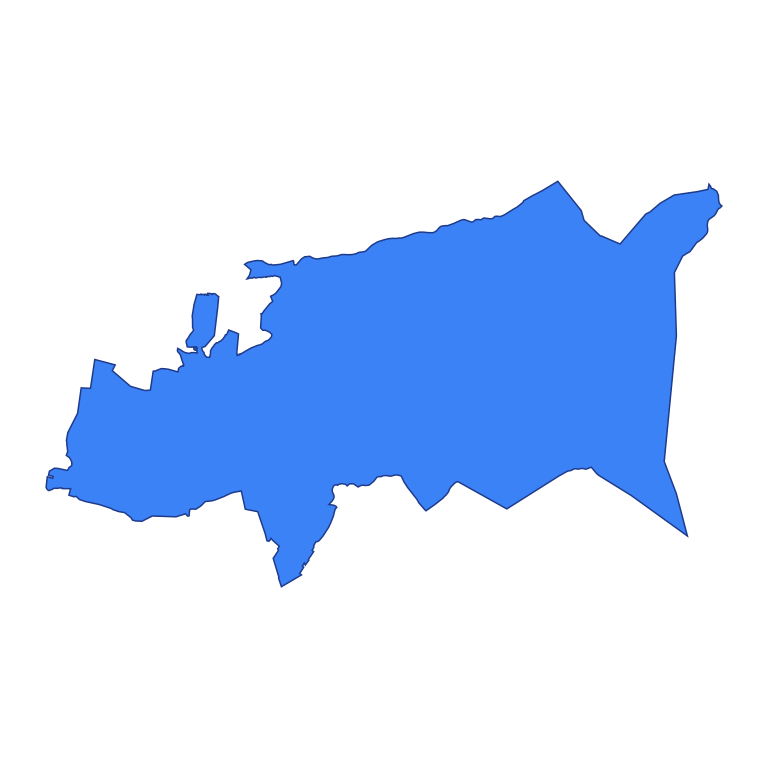 outline of Tlalmanalco, México, Mexico
{"feature_id": "50627088B86677903952586", "entity_name": "Tlalmanalco", "entity_type": "district", "adm_level": 2, "iso_a3": "MEX", "parent_name": "Mexico", "parent_adm1": "México", "projection": "natural_earth1", "projection_center": [-98.767, 19.207], "detail": "fine", "context": "isolated", "style": "filled", "palette": "blue", "viewbox_px": 768, "rotation_deg": 0, "n_neighbors": 0, "source": "geoboundaries", "source_scale": "gbopen_adm2", "svg_char_len": 6087}
<svg xmlns="http://www.w3.org/2000/svg" viewBox="0 0 768 768"><path d="M687.4,536.0L676.3,493.5L664.2,461.5L676.4,335.9L674.4,272.6L682.6,256.1L686.6,253.5L689.7,251.8L691.9,249.2L695.2,244.5L696.9,242.4L698.9,241.2L702.6,238.3L706.6,233.8L707.6,231.5L707.7,228.7L707.2,225.3L707.8,221.3L709.0,219.4L713.8,216.0L715.0,214.7L716.1,213.1L717.6,209.9L718.4,208.9L720.3,207.7L721.9,205.9L720.8,205.2L719.5,203.5L719.1,202.7L718.6,199.8L718.4,195.3L716.8,191.4L713.6,189.0L711.4,188.5L710.7,186.5L709.0,184.2L708.0,189.4L697.0,191.7L674.2,195.0L660.1,203.3L649.9,212.0L645.8,214.0L620.1,244.0L601.2,235.9L600.3,236.0L584.1,220.4L582.2,214.0L581.3,210.7L557.8,181.3L542.0,190.8L531.7,196.1L523.7,200.7L522.9,202.4L517.1,207.1L513.5,209.1L504.7,214.7L501.1,216.3L500.3,216.5L496.5,216.2L494.9,216.4L492.7,218.5L490.5,218.8L483.6,218.0L481.4,219.6L479.8,219.7L478.3,219.4L477.0,219.6L476.1,219.5L475.4,219.8L473.1,221.8L471.6,222.1L464.1,219.5L462.9,219.7L460.7,220.3L453.6,223.5L447.5,225.7L445.7,225.6L443.1,225.9L441.5,226.2L440.4,226.6L439.3,227.6L436.6,230.7L434.3,232.2L432.5,232.7L428.0,232.6L422.9,232.1L419.0,232.2L413.5,233.6L403.8,237.4L401.1,238.1L398.4,238.0L396.2,238.5L392.6,238.3L388.0,238.8L383.0,240.1L377.5,241.9L372.4,244.9L371.2,245.8L366.0,250.8L365.2,251.3L363.4,251.8L359.9,252.2L358.2,252.6L356.5,253.5L352.9,254.5L349.2,254.7L342.1,254.5L336.9,255.9L332.5,256.2L331.1,256.4L328.1,257.4L322.3,258.0L318.7,258.8L315.8,258.9L312.9,258.0L309.7,256.3L304.6,256.8L301.5,258.9L296.5,264.7L294.8,265.1L293.8,264.0L293.8,261.9L293.2,260.6L280.5,264.3L274.7,264.9L272.2,265.0L271.4,264.4L269.0,264.7L264.6,262.5L262.8,261.1L261.6,260.8L257.1,260.5L252.8,261.2L248.1,262.3L246.3,263.2L244.6,264.4L251.0,269.9L249.4,275.4L247.0,278.9L250.6,278.0L252.4,278.1L253.2,277.5L254.4,277.5L255.8,278.0L259.0,277.3L261.3,277.6L264.2,276.9L266.4,277.2L266.5,276.7L270.3,276.5L271.1,276.0L272.8,276.4L274.7,275.5L275.7,276.0L277.8,276.4L278.6,276.9L280.1,277.0L281.6,283.1L281.0,286.5L276.6,292.2L275.2,293.7L272.6,295.4L271.8,295.6L270.6,296.3L272.7,301.5L269.8,303.7L263.7,311.2L262.2,313.7L261.0,313.7L261.3,316.4L260.6,328.0L262.7,330.2L265.9,330.4L269.7,332.3L271.9,334.5L271.4,336.9L268.7,340.0L265.7,341.2L264.3,342.1L262.5,343.8L259.2,345.1L258.0,345.2L250.6,348.2L239.7,354.6L239.7,354.0L237.1,355.5L237.0,355.1L237.1,353.7L236.8,352.6L238.5,334.0L236.4,332.9L228.7,330.0L226.6,334.7L225.4,334.8L224.8,336.3L223.0,338.8L220.6,341.2L219.9,341.3L217.7,342.8L216.4,342.8L214.6,344.5L213.5,346.2L212.2,347.7L210.5,350.8L210.5,353.9L210.2,354.5L209.7,357.3L207.2,357.2L206.1,356.7L204.6,354.8L204.1,353.6L204.0,352.4L202.9,351.5L202.0,349.3L201.8,347.9L202.5,347.2L205.0,346.6L214.3,335.7L217.7,307.5L218.7,296.6L218.3,296.5L218.3,296.4L217.7,296.0L215.4,294.0L214.3,293.7L212.2,293.7L212.1,294.4L209.7,293.3L208.3,293.5L207.7,293.4L207.6,294.7L208.4,295.3L208.2,295.5L207.6,295.4L207.3,294.8L206.8,294.6L206.5,295.0L206.3,295.0L206.3,294.4L205.5,294.2L204.5,294.5L204.5,294.9L204.3,295.1L203.8,294.4L201.9,294.5L201.5,294.7L201.1,294.1L200.7,294.1L200.0,294.7L196.9,294.4L193.9,305.1L193.6,307.5L192.2,316.0L192.5,318.9L192.6,327.4L193.6,330.2L192.9,331.3L189.9,334.9L188.4,337.6L186.8,339.8L186.5,340.6L186.3,340.6L186.3,340.8L186.2,342.3L186.6,344.1L186.8,344.2L187.1,346.6L187.6,346.9L191.6,347.2L194.8,346.8L196.6,347.0L197.0,347.9L193.9,347.5L193.9,349.4L195.3,350.3L196.5,349.5L196.9,349.4L196.8,350.1L197.1,352.9L194.4,352.6L191.1,352.6L188.8,353.6L188.0,353.1L185.3,352.7L181.8,350.9L181.7,350.5L177.7,348.4L177.4,350.8L177.8,351.8L180.0,354.2L180.5,355.3L182.0,360.4L183.8,365.0L182.7,365.4L183.1,366.2L180.8,366.4L178.6,368.4L178.0,371.9L168.6,369.3L165.0,368.8L161.3,368.6L156.5,370.4L155.2,371.2L154.8,371.0L153.2,371.1L150.4,390.0L146.1,390.5L144.4,390.4L130.4,386.3L112.3,370.7L115.2,364.9L94.8,359.5L90.5,388.3L81.2,387.9L77.6,413.3L67.8,432.6L66.4,440.5L67.0,443.6L66.8,444.2L67.7,451.6L66.3,455.4L69.6,457.8L70.9,460.1L71.8,462.3L71.8,465.5L68.9,467.7L68.3,469.1L67.4,470.4L57.7,468.4L54.4,468.2L49.4,471.2L48.5,475.3L53.1,476.4L52.8,478.3L47.3,476.8L46.1,487.1L46.4,488.1L47.4,489.6L48.5,490.5L49.8,490.4L50.4,489.9L52.0,489.6L53.3,488.6L54.7,488.2L56.3,488.4L60.5,487.9L62.0,488.1L62.3,488.3L62.3,488.6L70.6,488.7L68.9,495.2L73.9,496.8L76.2,496.4L79.4,499.5L85.3,501.5L99.1,504.5L111.0,508.4L112.9,509.6L118.8,511.6L124.6,512.6L130.9,517.6L132.5,520.1L135.3,520.9L141.9,521.3L152.3,516.0L176.0,516.8L185.6,513.8L187.6,516.1L188.8,516.0L189.1,515.8L189.6,510.1L189.9,509.5L191.1,509.1L194.4,509.0L195.2,509.3L196.0,509.1L201.1,505.8L205.0,501.8L205.7,501.5L212.0,500.8L215.5,499.8L223.9,496.5L230.9,493.2L234.3,492.2L241.3,491.0L245.3,509.2L257.8,511.7L259.3,516.4L265.2,533.7L266.9,540.7L268.4,541.2L269.3,541.0L269.8,540.5L270.9,538.3L272.9,540.5L279.3,546.3L277.7,548.7L278.3,550.7L273.2,558.3L278.7,576.6L278.8,577.2L278.6,577.9L278.7,578.5L281.4,586.7L301.5,574.9L299.7,573.5L303.7,567.2L302.4,566.3L304.2,563.0L305.3,565.1L308.9,560.1L308.4,559.5L308.6,559.1L313.7,551.6L312.1,550.4L313.7,547.5L313.9,546.7L313.7,545.8L315.3,542.6L315.9,541.8L317.4,541.6L319.0,540.7L322.8,536.3L328.7,527.2L331.1,521.9L333.3,516.3L335.0,509.7L335.6,508.6L336.7,507.6L336.4,506.7L335.7,506.1L334.9,505.7L333.6,505.2L328.9,504.5L332.1,501.1L333.4,499.0L333.9,497.9L334.1,496.2L333.5,494.3L332.3,491.7L332.2,490.7L332.4,488.7L333.4,486.3L334.2,485.5L335.1,485.0L336.1,484.7L337.4,485.3L339.1,484.2L341.7,483.7L344.9,484.1L346.3,484.9L347.1,485.9L349.7,483.8L353.7,483.9L358.1,487.0L361.6,485.2L366.1,485.5L369.1,485.1L373.8,481.3L377.0,477.1L378.3,476.7L381.3,476.6L383.2,475.7L386.6,475.5L388.2,476.0L391.2,476.1L394.3,475.2L396.8,474.9L400.8,475.8L401.7,477.0L404.0,481.9L407.8,487.7L417.1,499.6L418.8,502.8L424.6,509.5L426.0,510.8L435.3,504.2L443.2,498.0L444.1,496.8L446.2,494.9L448.1,492.4L448.7,491.4L449.7,488.7L451.3,486.5L454.7,483.1L457.0,481.7L458.4,481.9L506.8,508.9L558.7,476.1L567.6,471.1L570.7,470.6L574.5,468.7L578.2,469.1L582.1,468.4L586.0,469.2L591.3,467.2L596.8,473.7L598.5,475.2L631.4,495.6L687.4,536.0Z" fill="#3b82f6" stroke="#1e3a8a" stroke-width="1.5"/></svg>